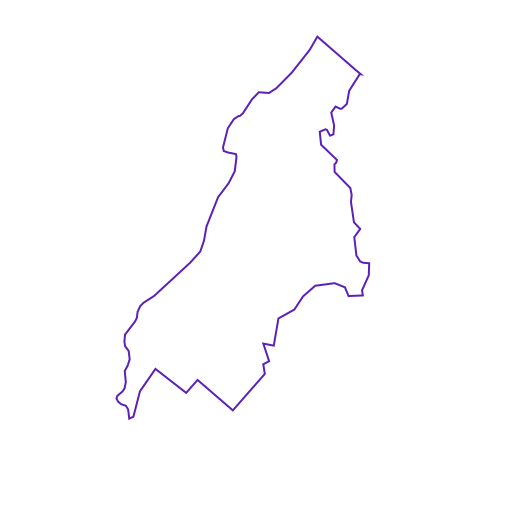 San Mateo, California, United States of America, rotated 41°
{"feature_id": "52423323B75131784459442", "entity_name": "San Mateo", "entity_type": "district", "adm_level": 2, "iso_a3": "USA", "parent_name": "United States of America", "parent_adm1": "California", "projection": "equal_earth", "projection_center": [-122.339, 37.408], "detail": "fine", "context": "isolated", "style": "outline", "palette": "violet", "viewbox_px": 512, "rotation_deg": 41, "n_neighbors": 0, "source": "geoboundaries", "source_scale": "gbopen_adm2", "svg_char_len": 1399}
<svg xmlns="http://www.w3.org/2000/svg" viewBox="0 0 512 512"><g transform="rotate(41 256 256)"><path d="M340.0,339.2L332.5,332.9L334.9,326.8L319.0,317.3L328.2,312.0L313.9,288.4L320.1,271.2L318.0,255.7L320.2,239.6L333.2,224.9L343.7,221.3L352.1,225.5L362.5,215.7L358.5,212.3L353.8,196.6L346.2,187.2L341.3,190.8L338.1,191.8L334.0,190.5L331.5,189.8L317.8,177.3L316.9,167.2L307.8,166.3L292.1,152.8L288.2,147.2L282.6,142.8L260.2,141.0L255.1,135.4L255.3,132.9L254.1,130.4L232.1,129.3L222.6,120.4L225.3,114.8L226.8,114.3L232.9,116.6L234.6,113.4L229.4,106.3L218.7,98.4L218.0,91.0L222.9,89.7L224.1,88.4L224.8,81.6L217.9,70.1L215.0,50.7L215.9,50.1L208.7,50.2L201.1,50.2L158.4,50.2L161.3,65.1L162.0,79.6L162.7,94.1L161.3,115.9L158.9,124.4L150.7,130.6L150.2,140.5L152.5,156.9L151.9,161.0L151.0,161.9L149.5,167.1L150.9,178.0L159.9,195.8L162.8,197.9L166.4,196.5L166.9,196.3L173.9,192.3L176.2,193.9L184.4,206.0L187.6,219.0L188.8,236.5L199.3,266.2L206.6,278.4L211.0,289.1L210.7,304.3L208.9,320.5L205.3,353.1L201.8,365.0L201.5,369.8L203.2,375.7L206.7,380.9L207.7,384.9L208.7,401.2L212.9,407.0L216.3,409.9L222.2,411.2L228.5,416.9L231.2,423.3L232.3,428.8L240.5,436.6L243.7,442.2L244.1,445.8L243.1,452.6L244.1,455.0L247.5,456.4L251.4,456.3L256.1,454.4L260.2,455.7L267.0,461.9L268.9,457.7L257.2,434.3L254.2,407.2L293.1,405.1L293.2,387.9L339.8,387.7L340.0,339.2Z" fill="none" stroke="#5b21b6" stroke-width="2"/></g></svg>